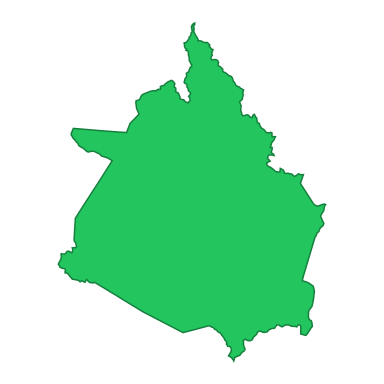 the district of Quixeramobim, Ceará, Brazil
{"feature_id": "56859067B28846825855814", "entity_name": "Quixeramobim", "entity_type": "district", "adm_level": 2, "iso_a3": "BRA", "parent_name": "Brazil", "parent_adm1": "Ceará", "projection": "mercator", "projection_center": [-39.308, -5.193], "detail": "fine", "context": "isolated", "style": "filled", "palette": "green", "viewbox_px": 384, "rotation_deg": 0, "n_neighbors": 0, "source": "geoboundaries", "source_scale": "gbopen_adm2", "svg_char_len": 5901}
<svg xmlns="http://www.w3.org/2000/svg" viewBox="0 0 384 384"><path d="M303.4,174.6L300.4,174.7L298.8,173.8L297.6,174.4L296.7,175.3L295.5,175.9L294.2,176.4L292.5,174.7L291.4,173.9L290.1,173.9L288.0,173.2L286.4,173.4L284.5,173.2L284.1,171.8L283.5,170.2L281.7,169.1L280.3,168.4L280.0,170.5L280.0,171.8L278.8,172.3L277.3,171.7L275.6,171.6L274.4,170.3L272.4,168.6L270.5,167.3L268.5,166.5L266.8,164.8L266.7,163.2L268.0,162.2L270.2,161.1L268.8,159.6L267.5,158.4L267.9,156.4L268.9,155.1L270.8,155.0L272.5,155.0L274.1,155.5L273.6,154.2L272.2,153.4L271.2,152.2L272.2,149.1L272.1,147.4L270.3,147.4L270.7,146.1L271.3,144.5L271.5,143.2L272.4,141.8L273.8,140.2L274.6,138.3L275.4,136.7L272.1,136.5L271.9,134.9L272.1,133.2L270.9,132.3L269.6,132.9L268.0,132.7L266.7,132.8L265.7,131.8L264.4,130.0L263.0,129.0L261.4,128.0L260.7,127.0L259.8,125.5L259.4,123.4L257.6,122.7L257.1,121.5L256.9,119.9L256.7,117.9L255.6,117.1L255.1,115.7L254.3,114.3L253.0,115.2L252.1,117.7L250.9,117.2L249.7,117.0L249.1,115.8L247.9,114.9L246.2,114.9L244.8,115.5L243.1,115.7L241.9,114.7L241.6,112.9L240.8,110.3L240.8,107.8L241.2,105.9L240.1,103.3L239.6,101.7L242.4,99.2L242.3,97.8L242.9,96.6L243.2,94.5L242.7,92.5L243.4,91.2L243.6,89.9L240.5,88.3L239.5,87.1L237.8,86.5L235.9,85.3L235.2,84.0L234.6,82.6L233.4,81.4L232.7,79.1L232.1,77.5L231.3,76.5L230.1,75.9L228.8,75.9L228.0,74.7L226.5,73.6L225.1,72.5L223.6,72.1L222.6,71.0L222.8,69.3L221.3,67.7L219.8,66.5L218.1,65.6L218.1,63.9L218.6,62.5L217.7,60.7L216.3,59.7L214.5,59.5L212.1,60.0L211.2,58.9L210.9,57.7L211.4,56.5L212.3,55.2L211.6,53.0L212.5,51.3L213.0,49.6L211.1,48.8L210.2,47.3L209.1,46.1L209.8,45.0L207.4,42.5L205.1,42.5L203.2,42.3L201.6,41.1L200.0,40.8L197.9,40.8L198.1,39.5L197.5,38.2L195.7,35.3L194.0,32.1L193.9,30.8L194.1,28.5L193.5,26.3L194.7,24.7L194.7,23.0L193.5,23.6L192.5,24.6L191.5,26.4L191.5,27.9L191.9,29.5L192.2,31.9L191.2,32.7L191.1,34.3L190.3,36.1L189.1,37.3L189.1,38.8L188.0,40.0L187.1,41.5L185.7,42.6L184.1,42.9L184.4,44.3L184.5,46.4L185.3,48.2L186.6,49.1L185.9,50.3L187.8,51.0L188.5,52.7L188.3,54.2L188.7,55.9L189.1,57.3L189.2,59.0L189.3,60.9L190.5,62.6L190.9,64.0L191.7,65.0L191.7,66.4L190.2,67.4L189.7,68.8L189.1,70.3L188.8,71.8L187.6,72.3L186.3,73.4L186.7,75.3L186.2,77.3L185.0,78.7L184.7,80.4L184.1,82.2L185.0,83.4L186.2,83.9L187.0,85.1L186.9,86.8L188.2,88.8L188.4,90.8L189.8,92.0L190.7,93.6L189.5,95.3L188.6,96.4L189.7,97.7L190.2,100.0L189.1,101.7L188.2,102.9L187.1,102.4L185.8,102.0L184.7,101.1L183.8,99.8L182.6,99.6L181.1,99.3L179.9,98.5L180.0,97.0L179.5,95.7L178.8,94.1L178.0,92.7L176.6,92.3L175.5,91.4L175.9,89.7L175.7,88.0L174.5,87.1L174.2,85.6L174.9,83.7L172.8,81.0L171.3,80.3L169.6,81.2L168.1,81.7L166.9,82.8L165.5,83.6L164.6,84.9L163.3,85.6L161.7,85.9L160.3,86.6L160.6,88.0L160.3,89.4L158.8,89.2L157.3,89.7L156.1,91.0L154.9,90.6L152.8,90.8L151.1,91.1L149.3,91.7L147.4,92.5L143.7,94.0L141.8,95.1L140.9,96.7L139.7,99.3L138.6,100.0L137.5,100.4L136.2,100.7L135.8,102.4L136.6,108.5L137.7,111.0L139.0,114.2L137.7,115.6L133.2,120.2L130.1,123.3L128.7,127.0L127.9,129.1L126.5,132.5L120.9,132.2L117.9,132.0L98.5,130.5L73.4,128.4L72.5,130.3L72.0,131.7L71.4,132.9L71.1,134.7L72.2,136.5L73.3,138.4L75.3,140.5L76.5,142.2L77.7,143.0L78.5,145.0L79.5,146.2L83.6,148.5L86.8,151.5L88.3,152.0L90.4,151.5L93.5,151.1L95.9,152.2L98.2,153.4L99.8,154.0L100.7,155.2L101.7,156.1L105.9,157.3L107.5,157.9L109.7,159.1L110.9,159.9L112.2,160.7L98.5,182.3L90.0,195.3L79.3,212.0L75.3,218.4L75.1,222.5L74.1,238.8L74.2,240.7L75.7,243.2L76.2,244.7L76.5,246.4L75.6,247.7L74.2,247.6L72.2,247.9L72.8,249.3L72.5,251.4L71.8,252.8L70.2,251.9L68.4,251.1L66.9,251.5L65.8,253.2L64.6,254.2L62.7,254.0L61.2,253.7L61.1,255.3L61.4,256.7L60.9,259.0L60.0,260.8L59.1,262.5L58.3,264.2L59.3,265.6L59.8,267.0L61.4,268.0L65.2,269.0L65.5,270.4L65.0,271.7L65.2,273.0L66.7,273.0L68.3,274.1L69.1,275.3L70.2,276.6L71.4,278.1L72.5,279.3L73.7,279.3L75.6,279.8L77.7,280.1L78.9,280.7L80.1,281.9L81.6,280.9L82.8,281.0L84.1,282.1L85.4,282.0L85.7,280.6L86.7,279.5L88.4,281.5L90.0,282.6L91.5,282.7L93.4,283.0L94.4,282.2L119.1,297.2L120.3,298.0L142.6,311.6L145.6,313.2L169.7,325.7L183.0,332.6L189.7,330.9L208.4,325.9L210.1,326.1L211.6,327.1L213.0,327.3L213.8,328.3L214.9,329.4L216.5,330.0L217.5,331.4L218.8,332.4L220.1,332.7L220.9,333.8L221.8,335.3L223.3,337.0L224.3,338.6L224.7,339.9L225.7,340.8L226.9,342.4L226.3,344.0L227.2,345.2L227.8,346.4L229.1,346.4L230.2,346.8L231.1,348.1L231.3,349.6L231.3,350.8L230.8,352.0L229.2,354.8L228.5,355.9L229.6,356.5L231.0,357.2L232.1,358.4L233.0,359.6L233.8,361.0L234.3,359.4L234.6,357.5L236.8,356.5L238.1,356.0L240.0,355.2L241.0,353.5L242.3,352.2L243.5,351.5L244.8,350.2L245.0,348.7L244.4,347.5L243.9,346.4L243.6,344.7L243.4,342.0L243.5,340.4L245.4,339.1L247.1,340.4L249.5,340.8L251.1,340.4L252.5,339.4L253.5,337.1L254.8,336.0L256.5,334.4L257.4,332.4L258.4,331.6L259.7,331.2L261.3,331.4L262.8,332.3L264.8,332.4L266.0,331.9L267.3,331.9L268.4,330.3L270.3,329.2L271.8,328.5L273.1,328.4L274.5,328.3L275.7,326.4L277.0,324.9L278.6,324.9L279.9,325.8L282.0,326.9L285.1,325.2L286.5,325.0L287.8,324.9L289.4,325.1L291.1,326.2L293.5,326.4L295.1,326.4L296.8,326.9L298.2,325.0L299.4,324.7L300.8,326.0L300.8,334.1L302.2,334.4L303.9,334.9L305.8,335.4L307.4,333.8L308.4,332.1L309.5,330.5L311.1,327.8L312.4,326.5L311.8,322.2L311.3,320.8L310.2,320.1L309.0,319.1L308.3,316.3L308.6,313.8L308.4,312.3L308.9,310.6L309.8,309.3L311.9,306.5L312.3,305.1L313.3,300.3L313.8,296.7L314.0,294.0L314.4,291.7L314.1,289.8L313.6,287.4L313.0,286.0L310.8,284.4L308.5,282.9L307.0,282.2L302.3,280.7L303.2,276.7L306.3,266.3L314.9,237.6L316.0,235.8L316.9,233.3L317.9,232.4L318.9,231.4L320.0,228.3L323.0,225.6L323.8,223.4L323.2,221.9L322.4,220.6L321.4,217.9L320.6,216.8L320.9,215.4L322.3,212.8L323.4,211.4L323.9,210.0L324.2,207.9L324.6,205.9L325.7,204.7L324.7,204.1L322.3,204.4L318.1,206.2L316.8,205.9L315.5,205.4L314.2,204.5L313.2,203.4L300.5,183.6L300.9,181.9L303.4,174.6Z" fill="#22c55e" stroke="#15803d" stroke-width="1.5"/></svg>